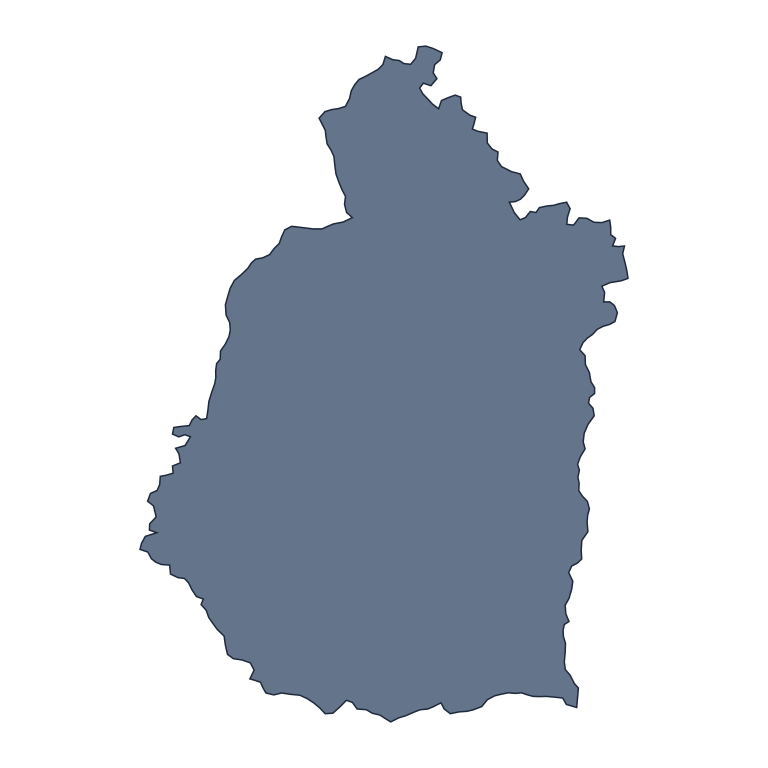 outline of Iguatama, Minas Gerais, Brazil
{"feature_id": "56859067B53115482871784", "entity_name": "Iguatama", "entity_type": "district", "adm_level": 2, "iso_a3": "BRA", "parent_name": "Brazil", "parent_adm1": "Minas Gerais", "projection": "orthographic", "projection_center": [-45.749, -20.135], "detail": "fine", "context": "isolated", "style": "filled", "palette": "slate", "viewbox_px": 768, "rotation_deg": 0, "n_neighbors": 0, "source": "geoboundaries", "source_scale": "gbopen_adm2", "svg_char_len": 3822}
<svg xmlns="http://www.w3.org/2000/svg" viewBox="0 0 768 768"><path d="M625.0,262.6L622.7,253.7L624.5,246.0L618.5,246.6L612.6,245.9L615.6,238.4L610.7,234.6L610.7,227.1L609.7,220.1L602.0,222.6L594.0,222.3L586.9,218.3L579.0,217.9L573.6,225.1L566.8,224.3L567.5,217.0L570.1,208.7L566.6,202.2L559.2,203.7L553.8,205.3L546.8,206.0L539.4,207.6L536.0,212.5L530.3,211.5L525.4,217.6L520.1,219.8L514.3,212.6L509.4,202.2L515.4,201.6L520.5,199.2L524.5,195.2L528.7,188.9L523.5,181.1L520.2,173.9L511.6,171.7L506.6,169.1L501.5,166.6L497.3,160.4L498.0,152.0L492.1,149.0L487.3,143.0L487.1,133.1L477.9,131.3L472.4,129.1L474.1,123.5L475.6,117.2L469.9,115.2L462.5,109.8L461.1,103.0L460.7,97.1L455.2,95.1L448.3,97.6L441.5,100.5L438.6,108.7L432.4,104.0L427.7,98.9L422.9,93.9L419.6,88.1L423.3,83.2L430.9,85.7L436.9,78.7L433.2,72.8L434.7,64.6L440.3,59.9L442.1,52.7L433.2,48.5L425.8,46.1L418.2,46.9L415.6,58.3L410.7,64.3L404.0,63.6L399.2,60.5L393.1,59.8L385.4,56.4L382.9,64.6L378.0,69.4L372.7,72.4L365.2,76.5L359.1,79.4L354.8,84.5L351.3,90.7L349.5,98.6L345.4,106.4L338.4,108.6L331.6,109.6L325.0,111.6L319.1,118.1L322.1,124.1L325.3,130.3L325.9,136.1L327.1,143.9L330.9,149.9L333.9,156.4L334.8,165.3L336.0,174.1L338.7,181.7L341.9,189.5L345.5,196.4L344.5,204.3L346.6,212.5L352.3,217.6L343.3,222.0L333.5,223.9L327.7,226.3L322.1,228.9L313.2,228.9L305.0,227.9L298.4,227.1L291.6,226.3L284.8,229.9L281.6,236.8L279.3,243.4L274.2,248.4L269.5,254.7L262.4,257.9L255.6,259.1L251.4,262.9L247.9,268.2L241.4,274.5L234.4,280.4L230.2,288.2L227.5,297.2L225.4,304.8L226.1,315.1L229.7,322.6L230.3,329.9L229.0,336.6L225.2,344.3L220.5,350.9L220.2,359.2L216.6,363.6L215.7,370.6L215.8,377.8L214.7,383.8L211.7,392.3L208.9,401.4L207.9,410.2L206.6,418.6L201.1,419.6L196.0,415.8L192.1,419.9L189.3,425.6L180.4,426.5L173.8,427.5L172.5,434.1L178.9,436.9L184.8,434.7L190.4,436.7L185.1,445.5L175.6,448.3L178.9,453.6L180.4,462.8L172.5,466.0L173.1,473.2L165.9,475.3L160.3,476.3L159.7,484.5L157.1,490.5L150.5,493.4L147.6,501.2L153.5,505.9L156.2,516.9L149.7,523.8L149.4,530.1L156.8,532.7L145.3,536.4L141.5,543.4L140.0,549.4L147.9,552.1L151.3,558.7L156.0,562.3L161.3,564.5L169.6,565.1L170.5,574.1L177.9,577.6L184.5,578.5L188.7,583.0L192.0,589.9L196.5,596.6L203.3,599.0L201.1,604.6L206.2,610.3L208.8,617.6L213.2,623.9L217.3,629.5L224.1,636.1L225.4,645.2L227.5,654.4L233.4,658.7L242.2,660.0L250.3,662.9L254.1,670.1L249.9,678.9L255.4,680.5L260.5,682.3L262.9,687.7L265.9,693.0L273.9,694.9L281.6,693.0L291.0,694.4L299.8,695.2L307.2,698.6L314.0,703.1L319.9,708.1L325.2,713.7L332.9,713.2L340.2,706.6L346.4,700.3L352.4,702.4L357.1,709.0L366.4,709.7L372.1,713.2L380.0,715.1L385.8,718.9L390.7,721.9L398.6,717.9L405.8,715.7L412.9,712.6L419.9,709.8L427.8,709.0L433.1,706.8L441.0,702.8L444.2,709.0L450.3,713.7L459.1,711.9L467.1,711.3L473.3,709.8L481.7,706.6L487.5,699.6L494.7,695.8L501.3,694.2L508.2,692.8L515.5,693.4L521.5,692.8L527.3,694.8L533.0,696.4L539.4,696.6L546.5,696.4L555.0,697.2L562.7,698.0L566.3,704.4L576.7,707.5L577.5,698.2L578.4,688.0L574.4,683.6L570.1,675.1L565.4,669.7L564.3,661.9L565.2,652.1L565.5,643.4L563.4,636.4L563.1,630.1L564.3,624.5L569.0,621.5L565.8,613.8L565.2,605.2L569.0,598.4L571.7,589.2L572.8,581.3L568.7,572.6L571.7,566.0L577.3,563.2L581.7,559.0L581.2,550.4L581.8,540.5L587.9,531.7L587.1,521.9L587.7,515.0L589.4,509.0L587.4,501.4L582.6,496.4L578.8,490.7L579.1,483.1L577.9,477.2L579.4,470.2L577.6,464.4L580.2,457.0L585.1,448.9L583.2,441.9L584.2,433.2L588.0,424.4L594.2,415.8L593.0,408.3L588.6,403.3L589.5,397.5L594.6,393.5L594.6,387.6L591.0,381.8L589.3,372.4L585.4,364.6L585.1,355.7L579.7,349.7L583.1,342.5L587.4,338.1L592.7,334.3L597.2,329.4L602.9,326.4L609.7,324.4L615.0,321.5L617.4,312.6L614.4,305.5L609.9,301.9L603.7,301.9L604.6,292.2L601.8,286.2L609.9,282.7L621.2,280.8L628.0,278.4L626.8,270.4L625.0,262.6Z" fill="#64748b" stroke="#1e293b" stroke-width="1.5"/></svg>